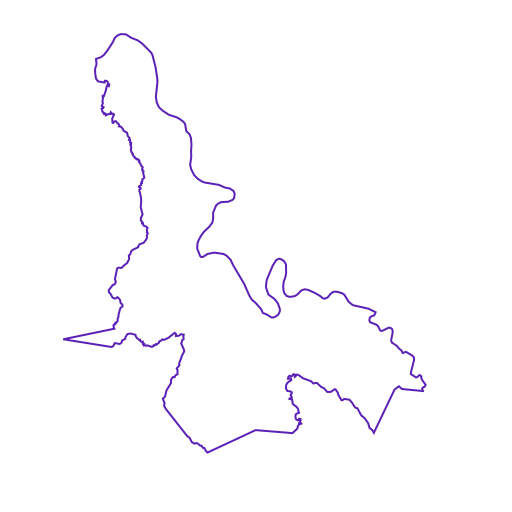 outline of Curillo, Caquetá, Colombia, rotated 188°
{"feature_id": "7082276B48734623734684", "entity_name": "Curillo", "entity_type": "district", "adm_level": 2, "iso_a3": "COL", "parent_name": "Colombia", "parent_adm1": "Caquetá", "projection": "natural_earth1", "projection_center": [-75.944, 1.028], "detail": "fine", "context": "isolated", "style": "outline", "palette": "violet", "viewbox_px": 512, "rotation_deg": 188, "n_neighbors": 0, "source": "geoboundaries", "source_scale": "gbopen_adm2", "svg_char_len": 6111}
<svg xmlns="http://www.w3.org/2000/svg" viewBox="0 0 512 512"><g transform="rotate(188 256 256)"><path d="M276.7,54.6L232.2,83.5L195.2,85.7L191.0,90.9L190.9,93.3L190.1,94.6L190.0,96.2L188.9,95.7L187.8,96.3L189.7,98.3L189.7,99.1L188.9,99.7L189.3,100.8L190.8,100.8L191.3,99.4L191.9,99.2L193.2,99.6L194.0,100.5L194.6,102.5L194.6,104.6L193.4,105.8L191.6,106.7L193.4,110.8L194.9,112.3L199.0,114.6L200.2,118.8L203.0,119.2L202.5,119.9L201.3,120.1L200.8,121.0L202.4,123.2L201.5,124.9L201.6,126.0L203.0,126.7L206.1,126.7L207.9,129.0L208.2,131.7L207.7,133.9L206.2,136.0L203.8,137.9L204.1,139.0L204.8,139.5L207.2,138.9L207.2,140.6L206.2,142.1L204.0,141.6L202.5,144.2L201.2,143.9L200.8,141.8L200.0,142.5L199.6,144.2L199.1,144.3L197.1,143.9L192.2,141.4L184.0,139.7L181.5,137.7L179.3,138.6L177.7,138.6L173.2,135.4L170.4,134.6L166.5,131.3L163.1,131.8L159.5,135.1L158.6,134.9L155.8,131.8L155.2,130.0L151.3,125.1L150.5,125.1L148.8,126.7L143.5,126.7L140.6,124.2L136.7,119.7L134.3,119.3L129.6,112.8L125.7,110.4L121.7,106.1L119.6,101.5L116.7,99.9L114.7,97.3L100.2,143.1L96.3,146.9L93.0,144.6L71.9,145.5L73.0,147.8L72.7,148.7L70.6,150.3L70.1,152.0L74.4,156.6L75.6,158.8L75.4,159.5L76.2,160.4L77.7,160.8L79.3,158.7L80.5,158.0L86.2,160.6L86.4,162.2L85.0,175.2L85.5,177.6L87.3,179.1L94.2,182.0L97.2,180.3L98.9,182.7L102.0,184.6L104.0,186.6L109.4,189.2L110.5,191.4L110.0,198.7L110.4,201.4L111.2,202.7L112.5,203.4L114.5,203.6L120.5,199.5L121.8,199.2L122.9,199.9L125.3,203.4L127.1,204.7L133.8,206.3L134.8,208.1L134.7,210.8L133.9,211.9L131.1,213.4L130.3,214.6L129.7,217.0L137.4,219.5L153.3,220.8L157.8,223.5L163.1,229.9L165.4,231.1L170.1,231.8L172.5,231.8L174.7,231.1L176.9,228.9L179.3,224.9L182.2,223.2L183.9,223.5L187.1,225.4L193.1,227.8L199.8,229.7L203.3,229.8L206.5,228.0L209.8,223.5L212.0,221.7L216.6,220.2L220.2,220.7L223.0,223.5L224.1,226.2L224.9,230.0L225.0,234.4L223.9,239.6L223.8,243.4L225.1,251.7L227.5,254.8L230.4,256.2L232.6,256.6L235.3,254.9L238.1,248.9L242.0,234.0L242.0,229.3L241.9,227.1L241.0,224.8L238.3,219.5L232.0,216.2L229.6,214.1L227.7,212.1L225.0,206.9L224.7,204.5L225.7,201.2L227.9,198.9L230.4,197.5L232.3,197.3L236.7,199.4L241.3,200.6L243.7,204.3L249.9,209.5L254.2,212.3L257.0,215.7L263.8,226.7L277.6,244.0L280.6,248.7L285.0,252.1L288.4,253.5L298.0,253.5L304.2,251.3L308.5,247.7L310.4,247.4L311.4,248.3L315.3,255.3L315.7,260.2L315.2,263.1L313.2,268.5L310.9,272.8L306.4,278.4L303.9,282.9L303.6,286.7L304.5,292.9L302.7,300.2L300.9,302.5L298.0,304.5L291.0,305.9L286.9,308.4L285.7,310.4L285.8,314.6L287.2,317.2L291.3,319.2L296.6,319.5L302.6,321.3L316.9,321.6L319.6,322.2L324.4,324.3L328.5,327.5L332.2,332.8L333.9,337.1L333.9,345.2L334.9,350.9L335.4,357.4L336.9,364.0L338.9,367.5L342.4,369.9L344.6,376.9L346.6,378.8L350.1,380.8L353.9,382.3L361.9,383.7L368.6,386.9L372.8,389.8L375.6,394.2L377.3,399.7L377.8,414.4L378.7,418.8L381.8,429.1L386.4,440.3L388.0,442.7L398.1,450.4L402.9,453.0L410.2,454.8L415.6,457.4L420.9,456.9L424.2,454.8L426.3,452.1L427.4,448.1L431.8,438.7L434.6,433.9L437.3,431.2L441.9,428.9L440.6,423.9L441.4,418.6L440.7,414.7L439.4,410.1L438.2,408.3L436.5,406.9L430.0,406.7L430.1,408.5L428.4,408.6L426.9,407.6L426.5,405.8L425.1,405.5L425.4,403.7L426.7,404.4L427.4,404.0L427.7,399.4L428.8,393.2L429.1,392.8L429.9,393.4L430.2,393.1L429.5,391.0L429.6,387.6L428.9,386.3L429.6,383.0L427.6,382.2L428.0,381.2L429.4,380.5L428.2,377.6L427.2,377.1L427.1,376.4L426.0,376.4L426.0,375.5L424.6,375.8L424.3,374.4L421.3,376.3L420.0,376.3L419.8,378.1L418.2,376.7L417.2,377.0L416.3,376.4L417.5,372.1L416.7,368.1L416.0,367.8L415.1,369.5L413.5,370.0L411.4,368.0L410.6,367.9L409.5,366.2L409.8,365.3L407.6,365.2L405.3,363.0L404.6,361.6L400.8,360.1L399.7,357.0L397.6,355.2L397.9,353.3L396.9,353.4L396.4,350.6L395.4,350.7L395.2,348.9L395.8,348.5L394.5,346.1L394.9,344.5L394.0,341.8L393.0,341.2L392.8,340.0L392.1,339.9L391.9,338.6L390.5,337.3L389.9,337.2L389.5,336.2L388.6,336.1L387.9,335.1L386.7,335.5L385.5,335.0L385.6,334.3L384.7,333.9L385.0,332.8L383.5,331.7L382.2,329.4L380.5,328.1L380.9,326.4L380.3,325.7L380.5,324.9L379.1,324.2L379.4,322.7L377.5,318.0L379.3,315.9L378.9,314.6L379.6,313.5L379.1,312.4L380.0,312.1L379.6,310.2L381.6,308.7L381.7,308.2L379.6,307.1L379.7,306.3L380.7,305.5L380.6,304.0L379.7,302.6L378.0,297.7L377.2,293.6L377.0,288.3L374.1,281.4L375.3,277.7L375.0,275.1L373.6,274.2L373.4,272.5L372.4,272.7L372.2,271.4L370.8,270.1L369.2,270.0L367.3,268.8L367.8,266.7L367.2,265.3L367.4,264.3L366.3,263.4L367.0,261.2L366.5,259.4L366.9,257.3L368.7,254.1L369.5,253.2L373.0,251.4L373.8,249.8L373.9,248.3L378.7,245.1L380.2,243.5L380.8,240.1L382.0,238.9L381.2,235.4L382.6,231.1L385.5,228.2L387.4,225.5L390.7,225.3L391.8,224.3L392.4,214.4L392.3,213.0L391.2,210.8L391.7,208.9L392.7,207.8L393.7,207.5L397.0,201.8L396.7,199.7L395.1,198.6L392.2,194.8L389.9,194.2L388.5,194.8L387.6,195.9L386.3,195.3L384.6,193.7L383.4,190.4L382.1,189.7L381.2,188.5L381.3,187.2L382.9,185.9L383.4,183.4L384.0,178.2L383.7,176.8L384.3,174.9L383.9,172.3L385.0,171.0L385.1,170.2L385.9,170.3L386.2,168.5L387.2,168.3L387.5,167.7L387.1,165.8L386.1,164.3L435.3,146.7L386.4,145.8L384.8,146.9L383.7,150.1L378.9,149.9L377.8,150.6L377.1,151.5L376.9,153.6L374.0,155.7L373.9,157.6L372.4,160.8L369.4,161.8L364.4,161.2L363.9,159.8L362.3,158.0L359.9,156.6L359.1,156.9L358.8,155.8L358.0,155.2L356.9,155.3L356.6,154.7L356.1,155.1L355.6,153.0L354.7,153.3L354.9,152.5L354.4,151.7L353.8,152.2L352.1,151.8L351.5,152.4L346.5,151.5L345.0,152.5L344.9,153.4L344.0,153.3L343.0,154.7L342.0,154.4L341.8,155.0L340.1,156.5L339.7,158.2L338.5,158.7L337.1,160.5L335.5,160.1L331.4,162.7L325.9,168.6L324.3,167.6L324.2,165.6L321.5,166.2L319.4,168.1L316.6,168.0L316.9,166.9L316.1,163.6L317.4,162.2L317.5,160.3L318.0,159.1L314.6,153.7L313.8,151.7L315.8,145.9L315.9,144.0L316.9,140.7L317.1,138.4L316.6,137.1L318.9,133.6L317.8,132.0L317.3,128.1L319.2,126.5L319.8,124.7L321.2,124.7L322.5,123.0L322.9,120.9L322.5,118.3L325.9,110.5L326.6,103.9L328.4,101.7L325.9,97.3L326.3,96.1L326.0,94.6L324.0,92.0L299.1,68.1L296.5,66.8L293.7,62.8L290.8,61.6L289.4,62.3L287.7,62.3L285.3,60.7L283.1,60.3L282.0,58.7L280.3,58.6L278.9,56.5L276.7,54.6Z" fill="none" stroke="#5b21b6" stroke-width="2"/></g></svg>